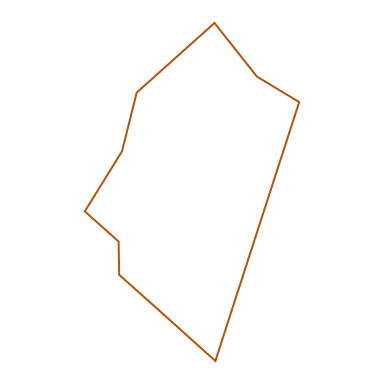 the district of Pedra Preta, Rio Grande do Norte, Brazil
{"feature_id": "56859067B59670675388147", "entity_name": "Pedra Preta", "entity_type": "district", "adm_level": 2, "iso_a3": "BRA", "parent_name": "Brazil", "parent_adm1": "Rio Grande do Norte", "projection": "robinson", "projection_center": [-36.101, -5.53], "detail": "fine", "context": "isolated", "style": "outline", "palette": "amber", "viewbox_px": 384, "rotation_deg": 0, "n_neighbors": 0, "source": "geoboundaries", "source_scale": "gbopen_adm2", "svg_char_len": 278}
<svg xmlns="http://www.w3.org/2000/svg" viewBox="0 0 384 384"><path d="M136.7,92.6L122.0,151.3L84.8,211.4L118.6,241.5L119.2,274.8L125.5,280.5L155.5,307.2L215.4,361.0L222.7,338.3L299.2,102.1L256.9,76.6L214.5,23.0L136.7,92.6Z" fill="none" stroke="#b45309" stroke-width="2"/></svg>